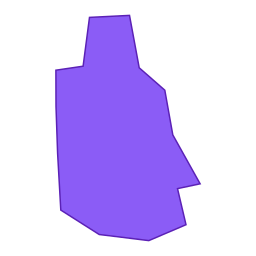 outline of Nagykanizsa
{"feature_id": "HUN-4911", "entity_name": "Nagykanizsa", "entity_type": "Urban county", "adm_level": 1, "iso_a3": "HUN", "parent_name": "Hungary", "parent_adm1": "", "projection": "natural_earth1", "projection_center": [16.987, 46.469], "detail": "fine", "context": "isolated", "style": "filled", "palette": "violet", "viewbox_px": 256, "rotation_deg": 0, "n_neighbors": 0, "source": "natural_earth", "source_scale": "10m", "svg_char_len": 310}
<svg xmlns="http://www.w3.org/2000/svg" viewBox="0 0 256 256"><path d="M129.5,15.4L139.2,67.8L164.8,90.2L172.8,134.9L200.1,183.8L177.5,188.6L186.0,224.7L148.8,240.6L99.2,234.5L60.8,210.1L57.6,153.2L56.0,106.4L55.9,70.2L83.1,66.2L89.5,17.4L129.5,15.4Z" fill="#8b5cf6" stroke="#5b21b6" stroke-width="1.5"/></svg>